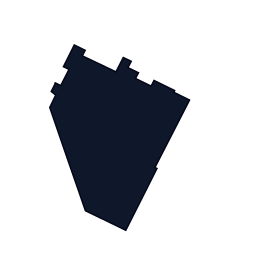 the district of Rivadavia, Buenos Aires, Argentina, rotated 341°
{"feature_id": "61730980B79277873614202", "entity_name": "Rivadavia", "entity_type": "district", "adm_level": 2, "iso_a3": "ARG", "parent_name": "Argentina", "parent_adm1": "Buenos Aires", "projection": "robinson", "projection_center": [-63.133, -35.581], "detail": "fine", "context": "isolated", "style": "filled", "palette": "ink", "viewbox_px": 256, "rotation_deg": 341, "n_neighbors": 0, "source": "geoboundaries", "source_scale": "gbopen_adm2", "svg_char_len": 627}
<svg xmlns="http://www.w3.org/2000/svg" viewBox="0 0 256 256"><g transform="rotate(341 128 128)"><path d="M195.3,121.6L183.0,109.2L184.3,107.8L168.1,91.5L163.5,95.9L151.2,83.6L155.9,79.2L147.6,70.9L152.8,66.0L146.5,59.8L134.9,71.0L108.3,44.9L112.8,40.6L104.2,32.0L101.2,35.0L96.0,40.1L86.9,49.0L91.3,53.4L78.2,66.0L73.9,61.6L73.5,61.9L73.5,62.4L67.3,68.5L70.4,73.4L67.2,76.5L64.9,78.9L60.7,83.1L60.7,101.4L60.7,102.2L60.7,140.2L60.8,173.0L60.8,192.4L65.0,196.5L67.0,198.5L70.7,202.2L73.1,204.6L74.1,205.5L81.0,212.4L92.6,224.0L142.2,175.7L140.6,174.1L195.3,121.6Z" fill="#0f172a" stroke="#020617" stroke-width="1.5"/></g></svg>